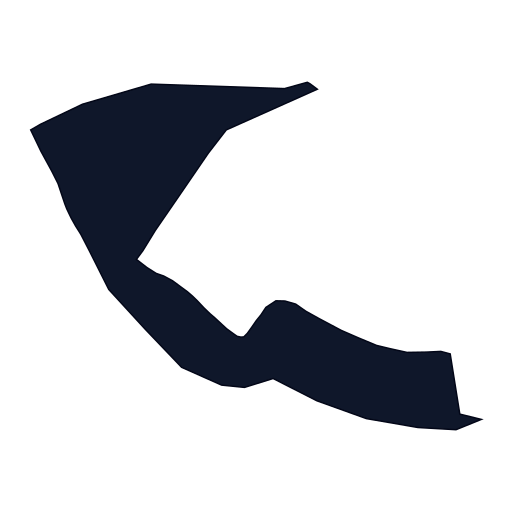 outline of Marisule/Top Of The World, Gros Islet, Saint Lucia
{"feature_id": "8701671B2050901299754", "entity_name": "Marisule/Top Of The World", "entity_type": "district", "adm_level": 2, "iso_a3": "LCA", "parent_name": "Saint Lucia", "parent_adm1": "Gros Islet", "projection": "natural_earth1", "projection_center": [-60.968, 14.044], "detail": "fine", "context": "isolated", "style": "filled", "palette": "ink", "viewbox_px": 512, "rotation_deg": 0, "n_neighbors": 0, "source": "geoboundaries", "source_scale": "gbopen_adm2", "svg_char_len": 999}
<svg xmlns="http://www.w3.org/2000/svg" viewBox="0 0 512 512"><path d="M307.3,82.3L284.5,88.6L151.1,84.1L82.5,104.2L40.6,124.2L30.7,129.9L40.9,151.2L51.8,171.2L58.0,183.5L61.6,194.3L64.8,203.8L66.7,208.7L68.4,212.3L71.3,218.3L75.5,225.8L80.9,234.4L89.6,251.3L99.5,271.0L108.8,289.5L145.4,329.4L181.6,367.3L221.6,385.1L244.5,387.4L273.1,378.5L316.9,400.8L366.4,418.6L417.9,427.5L456.0,429.7L481.3,419.4L459.8,414.1L450.2,353.9L440.8,351.4L426.3,352.1L407.0,352.4L389.8,348.6L376.5,345.4L358.3,337.8L341.3,330.4L319.3,318.7L305.8,311.2L295.7,304.1L284.9,301.0L275.9,300.8L265.9,307.4L261.0,314.8L256.3,320.6L251.9,327.0L247.3,333.4L243.8,336.9L240.9,337.1L237.1,336.3L233.4,333.7L226.7,328.8L221.8,324.3L214.9,317.9L210.0,313.7L203.9,307.8L197.5,301.0L192.7,296.3L187.5,291.8L180.3,286.5L172.6,280.8L163.7,276.0L156.2,273.4L146.9,267.5L136.4,259.4L142.8,250.8L155.4,230.3L179.2,195.7L208.3,153.2L226.3,129.9L317.3,89.2L309.9,83.7L307.3,82.3Z" fill="#0f172a" stroke="#020617" stroke-width="1.5"/></svg>